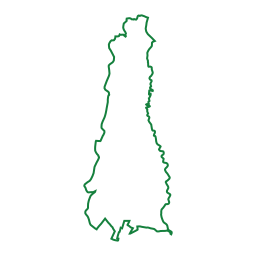 outline of Kota Magelang, Jawa Tengah, Indonesia
{"feature_id": "22746128B66141272433758", "entity_name": "Kota Magelang", "entity_type": "district", "adm_level": 2, "iso_a3": "IDN", "parent_name": "Indonesia", "parent_adm1": "Jawa Tengah", "projection": "equal_earth", "projection_center": [110.222, -7.473], "detail": "fine", "context": "isolated", "style": "outline", "palette": "green", "viewbox_px": 256, "rotation_deg": 0, "n_neighbors": 0, "source": "geoboundaries", "source_scale": "gbopen_adm2", "svg_char_len": 5807}
<svg xmlns="http://www.w3.org/2000/svg" viewBox="0 0 256 256"><path d="M141.9,15.4L141.0,15.4L139.9,15.9L139.5,15.9L138.9,15.5L138.5,15.6L138.0,15.9L137.7,16.3L137.1,18.4L136.7,19.0L136.1,19.6L135.4,19.5L134.4,19.1L134.1,19.1L134.0,19.3L133.7,19.3L133.4,19.5L132.8,19.3L131.7,19.3L130.7,18.5L129.7,18.2L128.3,18.3L126.7,18.6L126.5,20.0L126.7,20.7L126.6,21.0L124.1,23.2L123.8,23.5L123.4,25.7L123.2,27.5L123.4,28.4L123.8,29.6L124.4,30.7L125.4,32.2L125.9,33.5L125.4,34.4L125.8,36.3L125.5,36.6L124.0,35.4L123.5,34.8L123.0,34.6L121.9,34.8L121.6,34.7L120.6,34.8L119.7,34.4L119.4,35.2L119.0,36.0L118.0,36.4L115.4,36.4L115.3,37.6L115.1,38.2L114.9,39.0L114.7,39.1L114.0,40.2L113.6,40.3L112.5,40.4L111.7,40.3L111.3,40.6L110.6,41.2L110.3,41.6L109.3,43.3L108.9,44.4L108.9,44.9L109.0,46.3L109.2,48.1L110.8,50.6L113.0,54.8L114.1,57.0L113.9,59.6L113.8,60.5L113.1,61.7L112.5,62.4L109.8,64.3L108.8,65.4L108.7,66.6L109.2,70.1L109.5,73.5L109.2,75.0L108.8,76.2L106.7,81.1L104.6,86.7L104.5,88.2L105.2,89.5L105.4,89.8L108.3,91.8L108.9,92.7L109.0,93.8L109.2,94.7L109.1,95.0L108.5,95.4L108.1,96.9L107.8,99.4L107.8,102.1L106.7,108.0L106.3,110.4L105.7,113.4L105.2,115.3L104.7,116.9L104.3,117.9L102.6,121.6L101.7,124.1L101.5,126.2L101.5,127.6L101.7,128.2L103.4,130.0L104.3,130.8L104.4,131.4L104.4,132.6L104.1,133.4L103.4,134.9L102.8,135.8L101.1,139.6L100.6,140.8L100.2,141.1L99.1,141.0L98.4,141.0L96.1,140.8L95.8,141.5L95.2,146.4L95.1,148.4L95.2,150.7L96.0,152.5L97.0,154.0L98.2,155.3L98.5,156.1L98.6,156.7L99.0,157.1L99.0,157.7L98.1,159.8L97.6,160.7L96.5,162.7L96.2,163.4L94.8,166.3L94.5,167.1L93.6,173.1L92.5,176.0L91.2,178.7L90.8,179.4L89.6,180.9L87.5,182.2L85.0,184.2L84.8,184.4L84.4,185.3L84.3,185.9L84.6,186.5L85.4,187.6L86.3,190.3L87.1,191.5L87.6,192.1L88.3,192.4L90.5,192.2L93.3,192.1L95.3,191.1L95.1,191.8L94.6,192.3L92.3,194.1L90.8,195.6L90.4,196.3L89.6,198.3L88.9,200.2L88.4,202.2L88.4,202.4L88.1,203.7L88.0,206.1L88.0,207.8L87.8,208.4L87.5,208.9L86.0,210.4L85.5,211.2L85.3,211.9L85.3,213.0L85.4,213.5L86.3,214.8L87.4,216.1L88.1,217.3L88.9,219.5L89.8,223.1L90.4,224.5L90.8,225.0L95.2,228.5L96.6,229.3L96.7,229.1L97.5,228.0L99.0,226.1L101.2,223.7L105.1,218.6L108.4,222.8L109.7,224.1L111.5,226.4L111.8,226.6L112.6,227.4L113.0,228.5L114.8,231.3L111.4,238.7L113.4,239.7L115.2,240.2L117.6,240.6L118.1,240.4L118.4,238.6L117.2,238.3L117.7,236.1L118.9,232.2L119.3,232.1L119.6,231.9L120.1,230.2L120.7,227.7L122.1,228.3L124.3,220.9L129.4,220.9L128.9,222.2L127.5,224.9L127.9,225.3L129.3,226.1L130.6,227.3L132.9,228.2L132.2,229.4L131.4,230.6L129.8,233.6L130.2,233.6L135.6,230.8L137.4,229.8L137.6,229.6L137.5,228.1L137.3,226.5L138.7,226.4L140.0,226.4L141.7,226.8L146.4,227.6L147.7,227.5L148.7,227.7L150.6,228.3L153.8,228.9L154.5,229.2L156.4,230.9L157.1,231.4L157.7,231.4L158.8,231.4L160.6,231.0L164.7,230.9L166.1,230.8L167.2,230.4L167.9,230.9L169.6,231.7L169.9,232.0L170.2,232.6L170.5,233.4L170.5,233.8L171.2,234.3L171.6,233.4L171.7,232.5L171.6,232.0L171.2,231.6L169.2,230.4L168.8,230.2L168.5,229.9L168.2,229.4L167.9,228.7L167.3,225.8L166.8,224.8L166.4,224.3L165.4,223.5L164.3,222.8L163.6,222.1L163.1,221.3L162.3,219.3L161.6,217.3L161.4,216.3L161.1,214.7L161.3,212.9L161.2,211.9L161.4,210.3L161.6,209.5L163.3,207.6L164.6,205.8L165.3,204.6L165.8,204.2L167.4,204.1L168.0,204.0L168.7,203.6L169.1,202.8L169.2,202.1L168.8,200.9L168.3,199.3L168.4,198.9L168.5,198.6L169.0,197.6L169.2,197.4L170.2,195.5L170.3,194.8L170.0,194.2L167.7,192.8L167.5,192.6L167.2,192.4L166.9,191.6L167.0,190.6L167.3,190.0L167.4,189.9L168.3,188.1L168.3,187.5L168.1,186.5L166.5,183.9L166.3,183.3L165.8,182.3L165.8,181.9L166.1,181.4L167.4,180.6L169.3,178.8L169.6,178.2L169.7,177.3L168.5,175.4L167.4,173.6L165.9,171.9L165.1,170.2L165.0,169.4L165.4,168.6L166.1,167.8L166.6,167.4L167.5,166.3L167.8,165.6L167.8,165.0L167.6,164.2L167.1,163.5L166.3,163.0L164.0,162.6L163.4,162.1L163.2,162.0L163.1,161.4L163.6,159.0L163.6,158.7L161.7,157.0L161.5,156.2L161.8,155.5L163.4,154.4L163.7,153.5L163.7,152.4L163.3,151.5L162.4,151.2L161.0,151.1L160.0,150.8L159.1,149.7L159.0,149.3L160.6,146.6L160.5,146.3L159.3,145.4L157.6,144.4L156.7,143.2L156.2,141.4L155.9,138.6L155.5,136.6L155.2,136.1L154.5,135.9L154.2,135.9L153.9,135.5L154.0,134.9L154.2,134.1L154.7,133.2L155.0,132.0L154.9,131.4L154.7,131.0L154.2,130.7L153.4,130.6L152.8,130.6L152.4,130.3L152.2,129.8L151.9,128.8L151.2,124.5L149.1,121.7L148.6,120.5L148.5,120.3L148.6,119.9L149.0,118.8L149.3,117.9L149.3,117.3L149.1,116.9L148.7,116.4L147.6,115.9L147.3,115.5L147.2,115.1L147.4,114.7L148.1,113.4L147.5,112.2L147.3,111.4L147.2,111.2L147.3,109.4L146.5,108.4L146.1,107.8L146.2,107.6L146.5,107.4L147.3,107.3L149.0,106.8L149.6,106.5L149.8,106.2L149.6,106.0L149.3,105.8L148.3,105.7L147.5,105.4L146.4,104.8L146.2,104.5L146.4,104.3L146.9,104.1L148.8,103.9L148.8,103.6L148.5,103.0L148.4,102.3L148.4,101.9L148.6,101.6L148.8,101.6L149.5,100.9L149.1,99.4L148.9,98.4L149.1,98.3L150.5,95.5L150.7,94.2L150.6,93.7L150.4,93.7L150.1,93.7L149.6,94.7L149.3,94.7L149.2,94.6L149.0,94.3L149.0,93.6L149.3,90.5L149.5,90.4L150.0,90.4L150.7,90.5L151.3,90.7L152.7,91.0L152.8,90.7L152.8,90.3L152.6,90.1L150.6,88.9L150.1,88.2L150.0,87.9L150.2,87.2L151.1,86.5L151.1,86.1L150.4,84.1L150.5,83.5L151.0,82.4L151.6,81.3L151.6,80.8L151.5,80.3L151.2,80.1L150.6,79.9L150.3,79.7L149.8,79.1L149.5,78.5L149.5,78.0L149.8,77.4L150.0,76.9L150.4,76.5L150.9,76.1L151.3,75.7L152.5,73.7L152.7,73.0L152.7,72.3L151.8,69.5L151.7,67.5L151.6,67.3L151.1,66.9L150.3,66.6L148.6,66.7L148.4,66.5L148.2,65.6L148.1,62.8L147.9,62.4L147.9,61.7L148.0,61.0L147.1,58.4L147.5,55.4L147.3,52.9L147.8,51.6L148.0,51.3L148.2,50.8L149.2,49.2L151.3,46.8L151.8,46.0L151.9,45.3L152.0,42.7L152.4,42.2L153.0,41.7L154.8,41.0L152.0,38.1L147.9,34.2L146.5,32.0L146.2,31.3L145.8,29.3L145.7,28.5L146.3,25.1L146.6,22.6L148.0,17.7L145.9,17.0L144.5,16.3L141.9,15.4Z" fill="none" stroke="#15803d" stroke-width="2"/></svg>